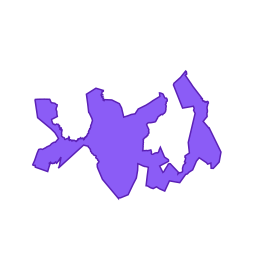 outline of San Pedro y San Pablo Tequixtepec, Oaxaca, Mexico, rotated 16°
{"feature_id": "50627088B39649536593692", "entity_name": "San Pedro y San Pablo Tequixtepec", "entity_type": "district", "adm_level": 2, "iso_a3": "MEX", "parent_name": "Mexico", "parent_adm1": "Oaxaca", "projection": "equal_earth", "projection_center": [-97.719, 18.101], "detail": "fine", "context": "isolated", "style": "filled", "palette": "violet", "viewbox_px": 256, "rotation_deg": 16, "n_neighbors": 0, "source": "geoboundaries", "source_scale": "gbopen_adm2", "svg_char_len": 5780}
<svg xmlns="http://www.w3.org/2000/svg" viewBox="0 0 256 256"><g transform="rotate(16 128 128)"><path d="M180.7,178.5L182.4,167.4L192.8,166.3L196.2,156.7L197.6,155.9L198.0,155.3L198.7,153.8L201.7,150.4L202.9,141.0L204.6,137.0L213.0,139.7L214.5,140.8L217.3,138.9L219.0,143.8L221.1,143.3L222.7,140.3L225.0,135.6L224.0,125.5L205.5,105.0L205.8,105.8L198.4,100.9L200.0,97.2L200.9,95.2L199.7,91.9L199.9,91.1L199.7,89.8L199.5,89.6L199.4,88.9L198.7,87.7L198.2,86.0L198.2,84.3L198.1,83.3L198.1,82.7L198.4,81.8L197.7,80.7L197.2,80.5L196.4,80.9L196.2,81.5L195.8,81.8L194.9,81.3L194.5,81.7L193.7,81.1L193.4,81.0L192.9,81.5L191.9,80.7L191.4,79.3L190.3,79.3L190.2,78.8L190.3,78.6L178.8,70.1L176.5,68.1L168.5,61.5L169.6,60.0L168.9,58.5L168.8,58.9L167.6,57.6L164.6,64.8L159.9,72.3L159.8,74.1L175.0,93.8L184.8,89.1L186.2,90.8L186.1,92.8L188.5,95.5L189.9,125.3L193.9,135.1L190.5,139.1L190.7,139.9L190.7,140.3L191.7,140.9L191.9,143.2L191.6,145.0L192.0,145.2L192.8,145.2L192.9,145.4L192.9,146.2L192.4,146.6L192.0,147.6L191.5,148.5L191.5,151.6L192.0,153.2L192.4,154.4L192.1,155.5L190.9,156.4L189.9,156.7L189.4,157.2L188.7,158.3L188.5,156.6L178.5,150.7L177.4,150.9L176.6,151.8L176.4,153.2L175.4,156.4L174.5,160.1L173.8,161.1L168.9,155.8L176.1,148.9L175.9,147.9L175.5,147.3L171.1,145.9L164.4,137.6L164.0,140.5L164.1,141.3L163.9,142.8L163.4,143.7L162.8,143.9L162.1,144.0L160.8,144.7L160.4,145.2L159.1,146.4L158.8,146.5L158.2,146.6L157.8,146.4L157.4,146.1L157.2,144.6L156.0,142.8L155.4,143.1L154.7,143.6L154.2,143.8L153.1,144.4L152.0,144.5L150.8,145.0L148.3,145.8L148.2,145.4L148.3,144.9L148.3,144.4L148.0,143.4L147.9,143.2L147.8,142.3L147.7,142.1L147.7,141.7L147.3,140.8L147.2,139.7L146.8,138.6L146.8,137.6L146.2,136.3L146.2,135.6L146.1,135.3L145.8,134.9L145.7,134.7L145.8,134.5L146.1,134.4L146.4,133.3L146.5,133.1L146.8,133.0L146.9,132.9L147.3,131.8L148.0,131.5L148.4,130.8L148.4,130.1L148.7,130.0L149.1,129.4L148.9,128.6L149.1,128.1L149.1,127.9L149.4,127.5L149.5,126.9L149.2,126.6L149.1,126.3L149.1,125.9L148.6,125.5L148.6,124.4L148.5,123.8L145.1,119.9L144.9,119.3L145.8,117.7L146.8,116.9L147.5,117.0L149.4,116.2L152.3,114.7L152.8,114.0L153.0,113.1L153.3,111.6L153.6,110.7L153.7,109.4L154.0,108.6L155.4,107.0L155.4,106.6L155.8,106.1L156.2,106.0L156.4,105.7L156.9,105.6L157.6,105.7L158.1,104.5L158.6,103.9L158.9,103.7L159.5,101.8L159.3,99.5L159.0,99.1L159.0,98.6L158.9,98.4L158.8,96.9L158.5,96.0L157.6,95.1L157.8,94.4L157.9,93.5L157.5,92.7L157.7,92.1L158.2,91.5L158.2,90.9L157.9,90.2L157.8,89.8L156.9,88.8L156.7,88.7L156.1,89.0L154.9,88.8L152.5,85.9L151.8,85.6L149.7,85.4L148.6,85.6L149.9,88.9L144.6,94.6L142.0,97.8L139.0,101.1L132.6,106.9L130.9,112.4L127.4,114.1L124.8,116.1L120.9,118.7L116.3,110.5L113.0,107.0L104.7,105.5L97.2,107.3L97.5,108.1L97.1,108.1L96.8,108.3L96.5,108.1L96.5,107.9L96.5,107.4L96.3,107.1L96.2,106.5L95.9,106.7L95.2,105.3L95.2,104.8L94.4,105.4L94.1,105.3L94.1,104.3L93.5,104.1L93.2,103.9L93.2,103.5L93.3,103.3L93.9,102.9L93.1,102.7L93.3,101.7L93.1,100.9L93.1,100.4L93.5,100.2L93.9,99.8L93.3,99.5L93.2,99.2L93.9,98.9L93.9,98.7L86.2,98.6L78.7,107.0L82.8,116.3L85.9,123.8L86.9,124.5L90.7,128.8L91.7,130.5L91.9,131.2L91.7,132.2L91.8,134.3L91.6,134.9L91.5,136.5L91.9,137.5L91.7,139.4L91.4,139.4L91.5,139.9L91.1,141.2L91.2,141.8L91.0,142.2L91.4,143.5L91.5,144.0L91.0,144.4L90.7,145.0L90.8,145.8L90.4,146.7L90.6,147.3L90.5,147.7L89.8,147.9L89.5,148.3L89.7,148.8L89.1,149.1L88.7,149.5L88.8,150.0L89.2,150.2L89.0,151.1L88.6,151.5L87.4,150.3L87.1,150.3L86.6,150.3L86.4,150.5L86.2,151.0L85.3,151.3L85.0,151.2L84.9,150.8L84.1,151.9L83.5,151.9L83.3,152.1L83.4,152.7L82.8,152.7L82.8,154.0L82.2,154.3L82.0,155.2L81.6,155.3L80.8,154.8L80.2,154.9L79.7,154.6L78.9,154.9L78.6,155.4L78.0,155.2L77.9,155.7L77.5,155.9L76.5,155.2L76.0,155.1L75.7,155.2L75.1,156.0L74.6,155.7L74.4,154.0L74.2,153.1L73.6,152.7L73.3,154.3L73.2,154.8L72.3,155.0L70.7,156.4L70.3,156.4L69.6,155.2L69.1,154.9L67.8,154.8L66.3,154.0L66.1,152.5L65.7,151.8L65.4,150.8L65.2,148.1L64.9,147.8L64.3,148.4L64.0,148.2L63.9,146.8L63.8,146.4L63.5,146.5L63.2,146.7L62.7,147.4L62.6,146.4L62.5,146.1L62.2,146.0L61.4,145.9L61.3,145.4L61.6,144.9L61.5,144.6L60.4,144.2L59.9,143.7L59.2,144.0L58.4,143.8L57.5,144.7L56.9,145.0L56.1,144.7L55.6,144.9L55.1,144.8L54.5,144.4L52.8,142.2L52.2,140.8L56.9,136.4L55.8,134.2L55.5,133.2L55.0,131.7L53.7,130.0L53.7,129.5L53.5,128.9L53.6,128.4L53.6,127.4L53.8,126.6L53.5,125.2L52.1,125.0L50.9,124.4L47.4,124.8L46.6,124.1L46.4,123.8L46.0,123.4L45.2,122.3L44.8,122.0L39.8,123.3L33.5,125.2L31.0,126.1L31.0,126.9L38.3,143.0L54.0,149.9L59.0,152.6L62.1,155.4L64.1,157.3L62.1,161.7L61.0,162.0L59.9,163.0L58.9,164.1L57.8,166.3L55.1,168.6L54.5,169.4L54.1,170.0L53.6,170.2L51.8,172.1L50.0,172.2L49.3,172.5L48.1,173.3L47.6,177.2L47.2,185.0L46.7,188.6L46.6,189.7L47.0,189.9L47.8,189.9L49.0,189.5L49.7,191.2L62.8,192.0L62.8,188.0L62.9,185.1L62.0,183.5L62.6,182.7L63.0,183.4L63.2,183.5L63.4,182.6L63.8,183.0L65.3,183.0L65.7,182.5L66.5,182.5L67.0,182.1L67.0,181.7L67.9,180.6L68.4,181.3L69.1,181.6L70.3,178.8L71.6,174.4L72.4,182.5L72.4,184.2L72.1,185.8L90.0,156.7L94.8,156.5L95.0,157.0L95.3,157.4L96.2,157.7L97.2,158.7L97.6,158.7L98.6,160.8L99.4,161.2L100.1,162.1L101.4,162.5L101.9,163.0L102.5,163.4L103.5,163.6L104.4,163.4L104.7,163.5L104.9,163.6L105.1,163.8L105.2,164.1L105.2,165.4L105.6,165.7L106.3,166.0L107.1,166.2L107.7,166.9L108.0,167.5L108.5,167.5L109.3,168.2L109.4,168.5L109.2,168.9L109.1,169.7L108.6,170.2L108.4,171.1L108.4,171.6L109.0,173.0L109.1,173.5L109.2,173.9L110.8,176.0L117.6,184.4L138.3,198.4L138.2,197.8L138.4,197.7L140.0,197.2L146.5,192.1L148.4,180.8L149.8,173.8L148.9,165.9L147.3,159.6L149.0,159.7L152.7,160.3L154.7,160.4L156.1,160.1L158.4,160.2L159.7,168.9L161.3,178.5L162.7,178.3L166.2,179.2L168.9,179.3L171.6,176.7L175.2,177.8L180.7,178.5Z" fill="#8b5cf6" stroke="#5b21b6" stroke-width="1.5"/></g></svg>